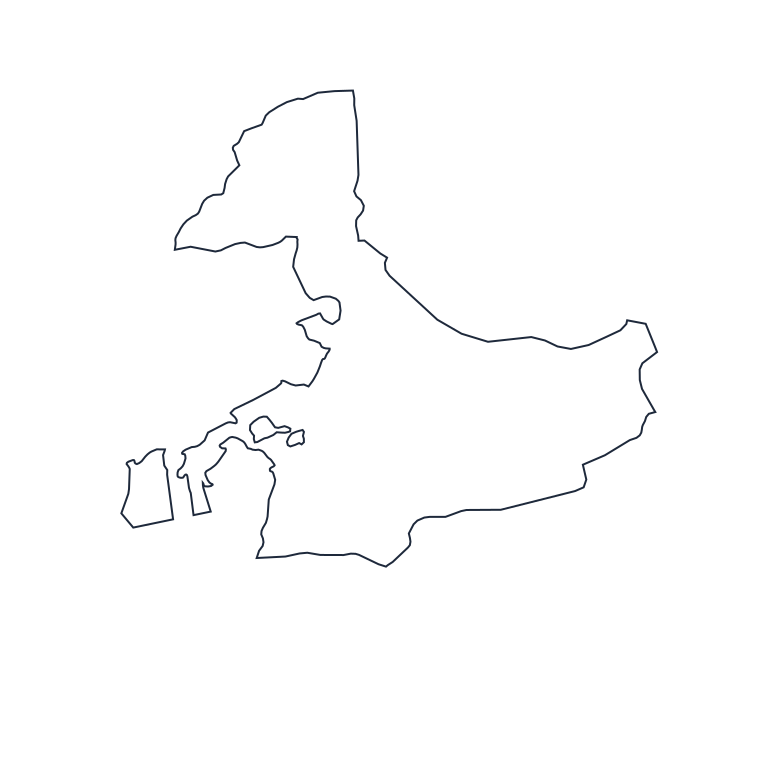 the Canton of Vaud, rotated 208°
{"feature_id": "CHE-3422", "entity_name": "Vaud", "entity_type": "Canton", "adm_level": 1, "iso_a3": "CHE", "parent_name": "Switzerland", "parent_adm1": "", "projection": "orthographic", "projection_center": [6.845, 46.59], "detail": "fine", "context": "isolated", "style": "outline", "palette": "slate", "viewbox_px": 768, "rotation_deg": 208, "n_neighbors": 0, "source": "natural_earth", "source_scale": "10m", "svg_char_len": 5173}
<svg xmlns="http://www.w3.org/2000/svg" viewBox="0 0 768 768"><g transform="rotate(208 384 384)"><path d="M157.9,540.4L165.6,523.6L165.1,516.9L160.0,507.6L153.9,500.8L133.3,487.8L131.3,486.6L136.2,482.0L137.0,478.0L136.2,473.8L136.2,469.2L135.9,467.3L134.9,464.7L134.0,461.8L134.1,458.7L135.8,455.0L140.6,449.9L155.5,424.8L170.5,406.1L167.3,402.4L160.5,394.6L159.2,386.5L165.0,379.2L221.8,327.8L252.0,311.5L256.2,308.0L267.3,295.6L281.2,288.2L285.7,285.0L290.4,279.1L292.0,274.0L291.9,263.7L288.8,260.2L286.6,257.2L285.5,253.8L286.1,250.8L292.8,230.9L295.7,225.7L296.5,223.7L304.2,222.3L325.8,221.4L329.4,220.7L333.7,218.6L339.4,214.0L359.9,203.2L372.5,199.0L378.9,194.8L390.0,185.4L414.7,170.6L416.0,178.1L415.1,184.0L416.1,187.7L418.4,190.8L421.8,193.6L423.1,196.7L423.4,200.2L423.1,206.0L423.9,209.9L424.6,212.4L431.5,227.9L433.6,243.9L435.1,248.3L439.8,253.1L440.8,253.8L441.8,254.0L443.6,253.7L444.2,254.2L444.9,255.4L444.7,256.6L443.9,258.0L442.8,259.4L442.4,260.8L443.0,261.4L448.2,264.0L449.6,264.3L451.1,264.4L452.9,264.9L457.4,267.0L459.2,267.5L460.6,267.6L464.0,267.1L466.4,265.4L469.3,264.3L471.2,264.2L474.1,263.3L475.9,264.3L478.1,265.8L480.0,266.8L481.8,267.2L487.7,267.3L489.8,267.0L493.1,266.0L494.0,265.3L495.3,264.0L498.4,256.7L500.1,253.8L500.2,252.5L499.4,251.6L496.8,251.2L493.7,252.7L492.9,252.0L492.3,250.4L493.8,237.8L494.2,235.8L494.7,233.8L495.5,231.8L497.4,227.7L499.9,223.7L500.1,221.7L498.8,219.8L494.4,216.3L491.9,215.1L490.0,214.8L488.5,215.0L488.0,214.6L488.8,212.8L490.0,211.8L491.4,210.8L494.1,209.6L495.0,209.7L495.9,210.3L496.9,211.4L497.6,211.7L496.3,209.5L494.8,207.5L477.1,190.0L490.6,178.8L503.5,197.1L504.9,198.2L507.4,200.7L514.2,210.1L515.3,211.1L516.2,211.2L516.8,210.7L517.2,209.6L517.3,208.5L517.4,207.2L518.1,206.5L519.3,205.8L520.8,205.4L522.0,205.3L522.9,205.7L523.8,207.0L524.7,209.0L525.1,211.5L523.9,214.1L523.2,216.8L523.2,219.6L524.3,225.1L525.8,227.4L527.0,228.4L529.0,227.7L529.5,227.7L530.0,228.4L529.7,230.3L528.3,232.9L524.2,238.0L521.6,239.7L519.8,241.4L518.2,243.8L515.9,250.0L516.6,258.5L505.3,274.9L503.7,276.8L502.0,278.0L496.6,279.6L496.0,280.7L497.1,283.0L498.7,284.0L500.1,284.7L505.5,286.1L505.9,286.5L504.4,291.6L492.1,308.4L477.7,329.8L475.3,335.9L475.2,336.8L475.7,337.8L476.0,338.5L475.0,339.4L472.6,339.9L466.1,340.1L461.3,341.2L454.5,345.9L449.5,346.4L448.5,352.8L448.3,355.6L448.2,362.8L448.9,369.5L449.5,373.0L449.9,376.2L449.6,377.4L448.6,378.1L448.3,378.7L448.3,380.1L448.5,381.8L448.6,384.1L448.1,386.7L448.1,388.8L448.6,389.7L452.2,388.1L454.1,387.6L456.6,387.6L459.9,390.0L466.1,389.4L470.8,388.2L472.5,388.7L474.7,389.9L479.4,394.7L482.3,396.7L484.1,397.3L487.4,396.3L489.0,396.2L489.7,396.6L488.9,398.3L486.7,401.5L476.2,413.4L475.0,415.3L473.6,416.3L468.5,413.0L467.5,412.6L464.0,412.3L458.5,412.5L457.5,412.8L453.9,420.0L456.8,428.4L461.6,435.1L463.4,436.0L466.6,436.7L472.7,435.8L476.3,434.0L479.4,431.8L485.5,425.0L490.0,425.2L495.8,427.4L519.2,444.8L522.0,451.9L523.4,458.2L523.8,460.7L524.6,463.8L525.9,466.6L527.3,468.9L528.2,471.1L529.6,471.9L530.0,472.8L539.8,468.1L541.5,462.7L542.3,461.0L543.6,459.1L547.7,454.4L555.0,448.1L557.7,446.4L560.8,445.2L573.2,443.6L576.8,441.3L581.2,437.6L587.8,429.7L590.8,425.4L595.1,421.8L619.2,414.4L631.7,404.3L633.6,409.5L634.5,411.2L635.8,413.1L636.5,414.9L636.7,417.5L636.5,421.8L636.6,425.8L636.1,430.8L634.8,435.7L631.7,441.8L629.5,444.7L628.3,447.1L628.1,449.4L629.1,457.7L628.9,461.4L627.4,465.6L623.5,470.8L616.7,474.9L615.5,477.0L616.8,482.3L618.2,486.0L619.1,490.9L619.1,494.1L614.4,509.2L618.6,512.4L624.7,518.6L627.2,519.9L628.4,521.6L628.5,523.7L626.5,527.1L625.7,529.3L626.2,541.6L621.1,547.5L613.8,555.5L613.7,557.4L614.4,565.5L612.9,570.1L607.9,578.9L602.1,587.3L594.0,595.5L589.2,597.6L579.2,610.1L565.3,619.3L549.2,628.5L544.3,622.2L541.2,616.2L531.7,603.5L504.7,556.6L502.8,551.0L500.9,540.2L496.4,536.7L490.7,535.5L485.5,531.9L483.9,527.3L484.3,522.8L485.4,518.7L485.4,515.5L482.8,510.3L476.5,502.9L473.7,498.5L468.6,501.5L448.5,497.5L440.6,497.0L440.1,491.4L436.2,485.4L429.9,482.2L367.1,465.8L339.1,464.8L312.0,470.1L276.0,494.6L262.3,498.0L248.4,498.6L235.4,502.7L221.6,514.5L209.5,530.4L200.5,542.4L198.2,550.7L199.2,554.4L181.2,560.0L162.0,543.9L157.9,540.4ZM472.1,300.1L475.2,298.6L478.3,295.6L481.4,289.5L482.8,284.9L480.7,280.4L477.2,278.4L474.5,277.4L473.1,274.3L470.7,271.8L468.6,273.3L466.9,275.8L464.1,279.9L461.7,281.9L457.8,287.0L456.1,291.0L451.6,293.0L448.5,294.5L446.1,296.6L444.7,298.1L445.7,300.6L448.5,300.6L452.0,300.1L456.8,295.6L459.9,294.6L464.8,297.1L468.2,298.6L472.1,300.1ZM434.3,305.2L437.1,302.6L439.1,300.6L442.3,296.6L443.0,292.0L442.6,287.5L440.2,284.9L437.4,284.9L433.9,288.5L431.2,292.0L428.4,292.0L427.4,295.0L429.1,298.1L431.2,300.1L432.2,304.1L434.3,305.2ZM538.0,139.5L555.2,146.5L558.2,167.0L559.8,171.5L568.6,189.6L569.7,190.5L571.1,191.3L573.7,192.5L574.0,193.7L573.2,195.4L570.1,198.9L569.1,199.4L568.2,198.9L567.1,197.5L566.0,197.1L564.6,197.3L563.0,199.3L561.7,202.1L560.7,207.7L559.8,210.8L558.7,213.4L557.6,215.2L554.0,219.6L546.7,223.4L546.3,222.0L545.7,217.5L539.7,208.8L535.0,206.3L532.9,202.1L506.7,165.5L538.0,139.5Z" fill="none" stroke="#1e293b" stroke-width="2"/></g></svg>